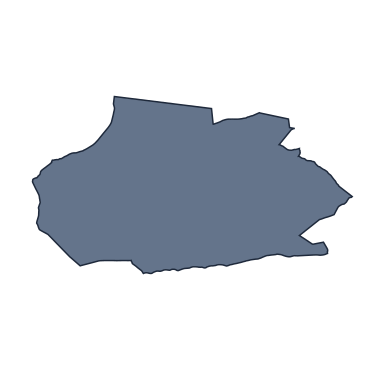 Fafi, North-Eastern, Kenya, rotated 277°
{"feature_id": "3690345B31550600225726", "entity_name": "Fafi", "entity_type": "district", "adm_level": 2, "iso_a3": "KEN", "parent_name": "Kenya", "parent_adm1": "North-Eastern", "projection": "equal_earth", "projection_center": [40.194, -0.782], "detail": "fine", "context": "isolated", "style": "filled", "palette": "slate", "viewbox_px": 384, "rotation_deg": 277, "n_neighbors": 0, "source": "geoboundaries", "source_scale": "gbopen_adm2", "svg_char_len": 6029}
<svg xmlns="http://www.w3.org/2000/svg" viewBox="0 0 384 384"><g transform="rotate(277 192 192)"><path d="M105.1,90.0L105.9,91.9L109.5,101.0L112.3,107.9L112.7,109.6L112.8,110.3L113.3,113.4L114.4,122.4L114.7,125.6L115.5,131.3L115.9,134.5L116.1,136.5L116.4,138.7L116.5,139.5L116.7,139.9L116.3,140.1L115.4,140.5L115.0,140.9L114.7,141.2L114.1,141.3L113.7,141.5L113.4,142.0L113.0,142.7L112.3,144.0L111.4,145.6L110.3,147.2L107.8,151.4L107.3,151.9L106.8,152.4L105.9,153.0L105.2,153.7L105.7,154.5L105.9,155.1L106.2,156.0L106.3,156.5L106.3,158.2L106.1,159.5L106.1,160.2L106.1,161.0L106.2,161.5L106.5,162.2L106.8,162.6L107.2,163.1L107.4,163.2L108.3,164.8L109.1,166.4L109.3,167.1L109.3,167.5L109.4,168.2L109.4,169.7L109.5,170.3L109.8,171.1L110.3,172.2L110.7,172.8L110.9,173.1L111.1,173.6L111.3,174.2L111.5,175.0L111.6,176.0L111.6,178.6L111.6,179.4L111.8,179.9L112.4,180.8L112.8,181.5L113.0,182.6L113.1,183.5L113.1,184.2L113.0,185.0L112.4,186.5L112.3,186.8L112.3,187.2L112.3,187.9L112.6,188.5L113.1,189.4L113.6,190.4L114.2,191.5L114.7,192.6L115.1,193.6L115.3,194.4L115.9,197.4L116.3,198.9L116.8,199.7L117.2,200.4L117.5,201.1L117.9,202.1L118.0,203.2L118.2,204.7L118.3,206.5L118.2,207.4L118.3,209.2L118.4,210.1L118.6,210.6L118.6,210.9L118.5,211.7L118.3,212.6L118.2,213.2L118.2,213.8L118.3,214.3L118.5,215.0L119.2,215.7L119.6,216.4L120.3,217.8L120.6,218.5L120.8,219.3L121.1,220.3L121.3,221.9L121.6,223.0L122.0,224.5L122.6,225.5L122.8,226.2L123.1,227.1L123.2,227.8L123.4,229.9L123.4,230.5L123.4,231.4L123.3,232.1L122.8,234.9L122.8,235.4L122.8,235.6L123.0,235.9L123.6,237.4L123.8,237.7L124.2,238.2L124.5,239.1L125.0,240.7L125.7,242.3L126.5,244.9L127.5,247.5L127.8,248.4L128.4,249.9L129.0,251.2L129.7,253.1L130.3,254.3L130.8,256.0L131.8,258.5L133.0,262.9L133.2,263.7L133.4,264.9L133.8,266.2L134.2,266.9L134.9,268.4L135.9,270.0L137.5,272.9L138.0,274.0L138.2,274.7L138.4,275.8L139.0,277.9L139.8,281.4L140.2,283.0L140.6,283.7L140.7,284.1L140.7,285.0L140.7,286.3L140.7,287.5L140.6,288.5L140.5,289.1L140.0,291.1L139.6,293.4L139.5,294.8L139.5,295.7L139.6,296.7L139.8,297.7L140.5,299.3L140.8,300.0L141.0,300.5L141.3,301.5L141.3,302.3L141.4,303.3L141.5,304.5L142.8,311.8L144.0,318.6L144.7,322.8L144.8,324.1L144.9,327.0L145.2,328.4L145.5,329.7L145.9,330.8L146.1,331.4L147.0,333.0L147.3,333.4L147.5,334.0L149.2,333.6L149.6,333.8L150.0,333.9L150.9,333.7L151.7,333.5L152.4,332.9L152.7,332.8L158.2,328.6L154.9,318.4L155.1,317.5L161.9,303.9L167.0,308.9L180.2,321.9L180.7,323.2L181.2,324.2L182.8,327.3L183.6,329.3L184.9,332.1L186.3,334.7L186.9,335.8L191.1,337.4L194.7,338.8L195.0,339.0L195.9,339.7L197.6,341.9L197.9,342.3L198.1,342.9L198.6,344.4L198.8,344.7L200.4,346.1L200.8,346.4L201.3,346.7L202.4,347.1L203.7,347.8L204.2,348.0L204.9,348.4L205.4,348.8L205.8,349.7L206.1,350.8L206.4,351.1L207.0,351.6L215.7,337.0L216.2,336.8L216.7,336.4L217.0,336.0L217.9,334.8L218.2,334.4L218.8,334.0L219.9,333.3L220.4,332.8L220.8,332.5L221.0,332.1L222.1,331.0L223.4,329.7L224.8,328.4L225.3,327.9L225.7,327.4L227.0,325.2L228.7,323.6L229.7,321.7L230.1,320.9L230.4,319.8L230.8,318.9L231.5,317.5L232.5,315.8L232.6,315.3L232.7,314.5L232.8,314.2L233.0,313.8L234.9,311.4L235.4,310.9L235.9,310.6L236.2,310.3L236.5,310.1L236.7,309.8L236.8,309.5L236.9,309.2L237.0,308.9L237.0,308.0L237.0,307.5L237.3,306.8L237.4,306.4L237.4,305.4L237.2,302.8L237.3,302.3L237.4,301.8L237.6,301.3L238.5,300.1L238.7,299.7L238.8,299.1L238.9,297.3L239.0,297.0L239.3,296.2L239.9,295.1L240.4,294.2L240.5,293.8L240.4,293.3L241.2,293.6L242.2,294.1L242.6,294.3L243.0,294.4L243.4,294.4L244.0,294.6L244.4,294.5L244.7,294.3L245.9,294.2L246.2,294.1L246.5,293.9L246.9,293.6L247.4,293.4L247.8,293.3L248.3,293.3L248.1,292.8L247.6,291.8L247.3,291.0L246.9,290.0L246.7,289.0L246.7,288.5L246.6,288.1L246.3,287.6L246.0,286.8L245.9,286.5L245.7,286.0L245.5,285.4L245.5,284.8L245.4,283.3L245.6,282.1L245.7,281.7L246.0,280.9L246.3,280.4L247.0,279.2L247.5,278.3L248.2,277.2L248.5,276.7L248.9,275.1L249.4,274.0L249.5,273.5L249.6,273.1L249.6,272.7L265.7,282.8L266.1,283.3L266.8,284.3L267.0,284.6L267.2,285.1L267.6,286.2L267.8,281.0L276.2,278.8L278.7,250.0L278.9,249.2L276.7,245.5L275.0,242.7L274.9,242.1L274.3,240.7L274.0,240.1L273.6,239.5L273.4,238.8L273.2,238.2L272.5,237.1L272.2,236.8L271.9,236.2L271.4,234.1L270.8,232.5L270.1,229.7L269.8,228.0L269.5,225.7L269.4,224.6L269.3,223.5L269.0,221.4L268.9,220.5L268.7,219.0L268.3,217.5L267.7,215.9L267.2,214.9L267.0,214.2L265.0,211.2L264.5,210.3L264.0,209.3L263.7,208.8L263.2,207.7L262.6,206.5L262.1,205.5L261.9,204.8L262.4,204.6L277.2,201.2L277.3,103.3L270.1,103.3L269.8,103.3L266.4,104.7L265.5,104.9L264.8,104.9L264.2,104.9L262.9,104.8L261.6,104.6L259.5,104.5L256.2,104.1L252.0,103.6L251.3,103.5L249.1,102.7L248.1,102.2L247.3,101.8L245.5,100.8L239.9,97.2L231.9,92.2L228.5,89.7L226.4,87.7L222.1,82.3L220.6,80.1L220.3,79.5L219.7,78.9L219.4,78.3L218.3,75.5L217.2,73.3L216.7,72.0L216.5,70.7L216.4,69.9L216.0,68.5L215.8,67.9L215.5,67.4L214.9,66.2L214.1,65.0L213.9,64.7L213.5,64.4L213.2,63.9L212.8,63.4L212.3,62.6L212.1,62.2L211.7,61.5L211.2,60.8L210.0,59.4L209.1,58.1L209.0,56.9L207.9,55.4L207.8,55.0L207.7,53.8L207.1,51.6L206.8,51.0L206.7,50.5L206.6,49.5L206.1,49.3L205.6,49.2L205.2,49.0L204.8,49.0L204.2,49.1L203.2,48.1L202.5,47.6L201.7,46.8L200.3,45.3L198.6,43.6L197.2,42.1L195.5,40.4L194.8,39.9L194.4,39.6L194.0,39.4L193.3,39.2L191.6,39.1L191.1,38.9L190.7,38.8L190.0,38.2L189.7,38.0L189.4,37.8L189.1,37.4L188.9,37.2L188.5,37.2L188.1,36.9L187.7,36.5L187.3,36.4L187.1,36.1L187.1,35.6L186.4,34.2L185.6,33.0L185.3,32.7L184.9,32.5L184.4,32.4L183.7,32.5L183.3,32.5L183.0,32.4L182.6,32.5L182.0,32.8L176.2,36.5L174.5,37.7L172.9,38.8L170.7,40.2L170.0,40.6L168.8,41.0L166.8,41.5L166.4,41.7L165.2,42.0L163.2,42.6L161.8,42.4L160.8,42.1L159.7,41.9L157.8,41.5L157.3,41.6L155.5,42.2L155.2,42.3L153.9,42.3L153.5,42.4L152.6,42.4L150.5,42.6L149.8,42.6L148.7,42.5L144.0,41.7L142.7,41.6L142.2,41.6L141.9,41.8L140.9,42.6L139.8,43.2L138.0,44.0L136.3,45.0L136.0,45.3L135.1,47.3L132.5,53.9L132.3,54.3L124.8,63.6L112.7,78.7L112.0,79.8L105.1,90.0Z" fill="#64748b" stroke="#1e293b" stroke-width="1.5"/></g></svg>